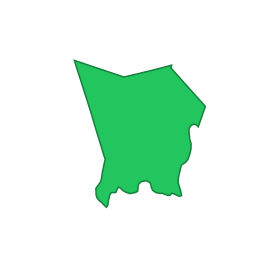 M'Bagne, Brakna, Mauritania, rotated 307°
{"feature_id": "47542326B91967865285968", "entity_name": "M'Bagne", "entity_type": "district", "adm_level": 2, "iso_a3": "MRT", "parent_name": "Mauritania", "parent_adm1": "Brakna", "projection": "orthographic", "projection_center": [-13.836, 16.289], "detail": "fine", "context": "isolated", "style": "filled", "palette": "green", "viewbox_px": 256, "rotation_deg": 307, "n_neighbors": 0, "source": "geoboundaries", "source_scale": "gbopen_adm2", "svg_char_len": 1142}
<svg xmlns="http://www.w3.org/2000/svg" viewBox="0 0 256 256"><g transform="rotate(307 128 128)"><path d="M149.7,44.5L147.8,47.0L126.9,76.7L115.9,92.0L110.9,98.7L90.1,127.3L90.0,128.2L76.1,134.7L72.4,136.9L68.3,138.5L60.4,138.7L55.4,142.8L53.6,145.2L52.6,148.9L52.7,151.1L51.6,158.4L53.9,158.5L58.1,156.2L63.9,153.5L66.7,153.9L68.4,156.4L69.4,157.1L72.6,156.2L75.1,156.0L75.5,158.0L75.0,161.3L75.3,164.4L76.7,169.0L81.1,172.9L83.4,173.7L87.4,171.3L89.2,170.3L92.9,170.8L94.9,172.5L96.6,174.0L97.3,175.8L97.3,177.1L97.5,178.7L96.3,180.5L94.2,183.0L93.1,185.1L93.1,187.7L93.5,189.9L95.2,193.3L96.3,194.2L98.1,200.3L99.5,202.1L102.4,202.3L103.6,207.0L104.4,210.0L106.2,211.5L109.8,207.5L112.8,203.3L115.4,200.0L117.3,199.1L119.4,197.8L121.5,196.8L124.3,195.6L125.7,195.0L129.0,193.5L130.2,193.2L131.1,193.2L135.1,194.6L138.7,194.8L142.9,193.6L145.8,192.5L149.3,190.8L153.4,187.9L156.0,184.2L157.5,182.9L160.5,180.1L162.7,178.2L165.1,177.0L167.3,176.7L169.5,177.5L171.0,179.0L171.6,180.4L171.5,182.1L171.2,183.4L191.8,176.8L201.8,126.0L204.4,125.1L185.6,110.1L166.2,94.0L149.7,44.5Z" fill="#22c55e" stroke="#15803d" stroke-width="1.5"/></g></svg>